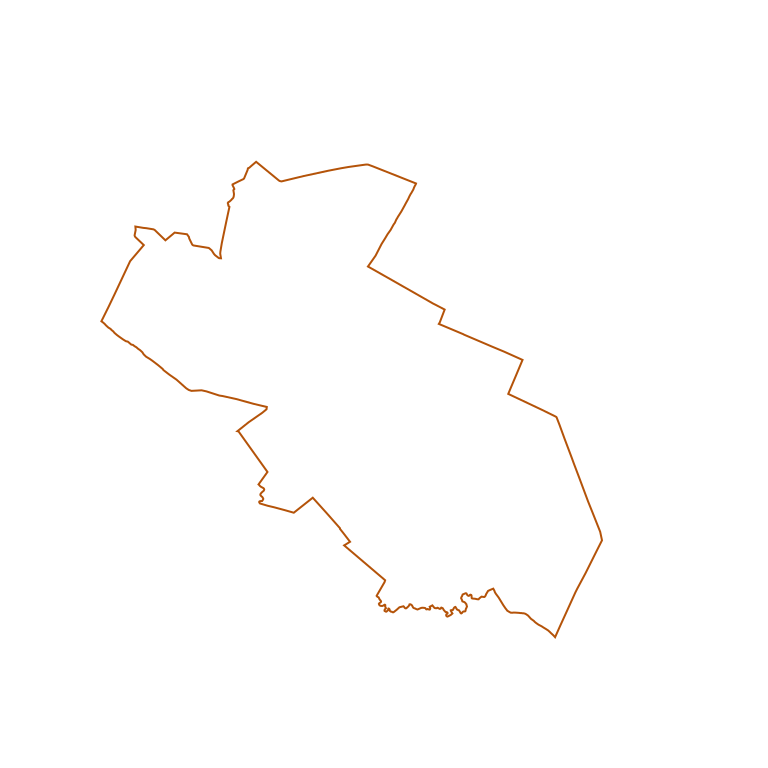 the district of Racovita, Timis, Romania, rotated 219°
{"feature_id": "2599482B19277843402836", "entity_name": "Racovita", "entity_type": "district", "adm_level": 2, "iso_a3": "ROU", "parent_name": "Romania", "parent_adm1": "Timis", "projection": "robinson", "projection_center": [21.607, 45.699], "detail": "fine", "context": "isolated", "style": "outline", "palette": "amber", "viewbox_px": 768, "rotation_deg": 219, "n_neighbors": 0, "source": "geoboundaries", "source_scale": "gbopen_adm2", "svg_char_len": 6088}
<svg xmlns="http://www.w3.org/2000/svg" viewBox="0 0 768 768"><g transform="rotate(219 384 384)"><path d="M485.3,560.0L529.7,546.1L534.4,544.5L535.4,543.8L536.5,542.8L548.0,530.5L553.1,524.7L561.5,514.7L577.1,495.3L587.6,481.6L591.1,477.0L592.0,476.5L592.9,476.1L593.7,476.0L623.2,476.2L624.4,469.8L624.8,467.2L625.4,466.3L625.4,465.8L624.8,464.8L622.1,455.7L622.2,454.8L624.4,450.2L627.3,443.8L627.0,443.3L623.4,441.6L623.0,441.3L623.0,440.9L623.1,440.4L623.0,439.8L620.1,437.2L618.9,435.3L618.4,434.1L618.3,433.0L618.5,432.1L618.5,430.9L618.9,428.4L619.2,427.8L619.4,427.3L619.3,426.4L618.7,425.8L617.8,425.4L617.4,424.9L617.2,424.6L615.6,424.4L609.0,411.4L598.7,391.4L594.4,383.8L593.3,382.2L589.8,379.1L591.2,378.1L591.8,377.9L596.3,377.8L598.1,378.1L602.0,379.4L605.3,379.5L605.9,379.4L619.2,371.8L620.0,371.6L620.9,371.7L626.9,374.5L628.1,375.5L631.3,376.4L642.0,369.9L642.5,367.2L644.3,358.1L659.2,359.4L660.5,359.1L666.8,355.5L669.4,353.8L676.3,349.9L673.9,347.4L671.4,342.6L670.4,341.9L669.5,341.7L658.1,340.8L658.6,319.7L650.0,284.8L646.7,271.0L643.1,254.9L640.8,255.0L638.8,254.9L637.0,254.6L634.0,254.4L633.5,254.4L632.3,254.6L630.8,254.7L629.9,254.5L628.0,254.5L627.4,254.5L626.2,254.2L625.4,254.1L622.3,254.0L620.0,254.1L615.1,254.4L612.5,254.7L611.3,254.9L610.2,255.5L609.8,255.7L608.7,255.7L605.8,255.6L605.3,255.6L604.8,255.8L603.7,256.4L602.9,256.4L601.7,256.4L599.7,256.7L598.8,256.7L597.5,256.6L594.8,256.8L591.8,256.6L589.4,255.8L586.1,255.5L581.7,256.1L578.6,256.3L571.3,256.5L565.4,256.4L564.1,256.0L556.5,256.2L548.0,256.8L535.1,256.2L532.0,256.5L529.3,257.5L521.8,264.3L517.4,266.5L504.7,271.4L501.8,273.1L489.6,279.2L472.9,286.5L460.6,292.4L459.4,290.4L460.5,285.0L465.1,269.2L468.2,255.1L467.2,255.6L419.2,242.3L418.3,227.0L417.6,227.0L417.3,226.9L416.3,226.7L414.9,226.7L412.1,227.2L411.5,227.1L411.1,226.9L410.6,226.5L410.4,225.8L410.3,225.2L410.6,223.9L410.8,222.2L410.8,221.4L410.7,220.6L410.3,220.0L409.9,219.8L408.8,219.6L407.5,219.6L405.8,219.0L405.4,218.5L405.2,217.8L405.1,216.3L406.0,215.6L406.8,214.6L406.9,214.1L406.6,213.6L406.2,213.4L405.2,213.1L397.7,216.2L391.9,219.0L382.0,223.4L373.1,227.2L367.8,250.8L347.5,247.6L327.4,244.2L327.0,243.7L322.0,242.6L311.1,240.0L313.4,233.5L259.6,232.2L258.9,230.4L256.7,216.4L256.4,214.7L256.1,214.6L255.2,214.5L254.0,214.8L253.0,214.4L252.3,214.0L251.3,213.7L250.5,213.6L249.6,213.3L249.3,213.0L249.2,212.6L249.2,212.0L249.5,211.3L249.7,210.6L249.6,209.9L248.9,209.5L248.1,209.2L246.7,209.6L245.4,210.7L244.6,212.9L244.5,213.0L243.9,213.0L243.7,212.8L243.5,212.5L243.5,212.2L243.4,212.0L241.4,211.0L241.4,210.3L241.5,209.8L241.5,209.3L241.4,208.9L241.0,208.2L240.7,208.0L239.2,208.3L238.9,208.6L238.8,209.0L238.7,209.7L238.6,210.1L238.6,210.7L238.8,211.3L239.3,212.2L239.2,212.4L238.8,212.5L238.3,212.5L237.8,212.3L237.4,212.0L236.9,211.5L236.7,211.4L236.3,211.4L235.5,211.4L235.3,211.5L234.8,211.9L233.8,212.0L233.2,212.3L233.1,212.6L232.8,213.2L232.3,215.5L232.1,216.3L231.5,220.2L229.0,223.5L228.5,223.5L227.0,223.1L226.4,223.1L226.1,223.2L225.7,223.5L225.5,223.9L225.3,225.3L225.1,226.5L225.1,227.1L225.2,228.0L225.4,228.5L225.5,228.8L224.7,229.5L223.3,229.6L222.7,229.5L221.9,229.1L220.6,228.6L220.2,228.6L219.5,228.7L218.6,229.1L217.2,229.4L216.0,229.9L214.4,233.0L214.1,233.5L213.2,234.4L212.5,234.9L211.4,235.6L210.8,235.8L210.5,235.7L209.4,235.5L209.0,235.7L208.7,236.1L208.5,236.6L207.3,237.0L206.8,237.2L206.5,237.5L206.5,237.8L206.6,238.1L206.9,238.8L207.6,239.3L208.3,239.7L207.5,241.4L207.1,242.4L204.3,241.8L203.7,241.8L203.2,242.0L202.6,242.4L201.9,243.0L201.7,243.7L201.3,243.9L200.1,244.1L199.2,244.3L198.6,245.0L198.8,245.8L198.8,246.2L198.6,246.4L197.9,246.5L197.4,246.7L196.9,246.6L195.4,246.0L193.1,245.6L192.6,245.6L191.7,246.2L191.4,246.2L190.8,246.2L190.5,246.1L190.3,245.8L190.2,245.5L190.6,244.2L190.4,243.8L190.2,243.5L189.8,243.1L189.3,243.0L188.7,243.0L188.2,243.3L186.8,246.5L186.4,248.7L189.4,249.8L189.7,250.1L189.5,250.5L189.3,250.7L188.9,251.0L188.3,251.7L188.3,252.0L188.6,253.3L188.7,254.0L188.7,254.7L188.5,255.3L188.2,255.7L186.2,255.0L185.8,254.8L185.5,254.7L184.0,255.0L183.1,255.3L180.2,254.2L179.9,254.2L179.6,254.3L179.3,255.1L179.4,256.3L179.2,256.9L179.1,257.2L178.3,257.9L178.0,258.2L177.9,258.4L177.9,258.7L177.9,259.1L178.3,259.6L178.8,260.7L179.1,262.0L179.5,263.3L180.7,264.1L181.4,264.7L182.2,264.8L183.1,265.1L183.6,265.1L184.2,265.1L186.3,264.4L187.6,265.3L189.3,266.1L189.6,266.8L189.7,267.1L189.8,268.1L190.4,269.9L189.3,272.0L188.9,272.7L188.5,273.0L188.1,273.1L186.4,272.4L185.7,272.4L185.1,272.5L184.8,272.7L184.6,273.0L184.5,273.5L184.5,274.2L184.3,274.6L183.6,274.9L183.3,274.9L182.9,274.7L181.7,273.4L181.2,272.9L180.9,272.8L180.6,272.8L179.7,273.3L178.1,274.4L176.1,275.4L175.0,276.2L175.0,277.5L174.4,280.1L172.1,281.5L171.9,281.8L171.8,282.5L171.9,283.5L172.4,285.0L172.9,288.7L171.9,290.8L170.3,293.7L168.3,292.9L166.8,292.0L165.2,291.4L160.5,290.2L152.1,287.2L150.1,286.6L148.4,286.1L148.1,286.0L146.9,285.8L145.7,285.4L144.0,285.6L141.7,286.0L140.3,287.0L139.6,287.8L138.6,288.6L134.9,291.2L134.0,291.7L133.0,292.5L132.2,292.9L131.3,293.6L130.1,294.2L128.8,294.5L126.4,294.7L125.1,294.5L123.2,294.2L122.2,294.0L118.4,294.2L117.3,294.0L115.4,294.0L112.4,294.2L109.0,294.9L106.9,295.1L104.0,295.5L101.2,295.8L100.3,295.7L99.4,295.7L97.7,295.5L94.3,295.3L91.7,294.9L95.0,307.3L98.4,320.5L104.1,342.4L105.0,346.5L108.3,363.7L113.8,388.6L116.2,399.7L123.0,405.2L141.5,415.6L151.4,421.1L173.6,434.2L186.3,441.6L191.8,444.9L209.4,455.2L221.9,462.7L228.9,466.7L229.4,466.8L230.6,466.6L245.1,463.3L281.2,454.5L282.8,459.9L286.6,473.1L291.5,489.9L311.1,484.7L323.7,481.0L330.4,479.1L352.9,472.7L353.7,472.6L379.2,465.2L379.4,466.9L383.7,480.0L393.3,478.1L396.5,477.4L409.4,475.3L430.7,471.8L452.5,468.2L470.4,465.2L471.3,478.4L473.5,488.9L474.0,491.3L474.8,497.9L475.5,502.7L475.8,507.8L476.9,514.0L477.0,516.1L478.0,519.8L478.0,520.5L478.4,522.7L479.1,529.0L480.4,536.3L480.7,537.7L481.6,542.9L482.4,546.0L482.9,548.7L482.9,549.2L483.6,553.6L484.2,555.3L484.6,556.9L485.0,559.2L485.3,560.0Z" fill="none" stroke="#b45309" stroke-width="2"/></g></svg>